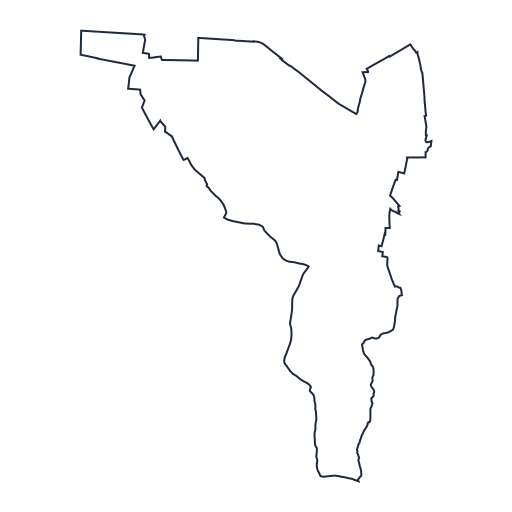 Reci, Covasna, Romania
{"feature_id": "2599482B11784451880113", "entity_name": "Reci", "entity_type": "district", "adm_level": 2, "iso_a3": "ROU", "parent_name": "Romania", "parent_adm1": "Covasna", "projection": "orthographic", "projection_center": [25.948, 45.804], "detail": "fine", "context": "isolated", "style": "outline", "palette": "slate", "viewbox_px": 512, "rotation_deg": 0, "n_neighbors": 0, "source": "geoboundaries", "source_scale": "gbopen_adm2", "svg_char_len": 6012}
<svg xmlns="http://www.w3.org/2000/svg" viewBox="0 0 512 512"><path d="M361.2,475.8L361.3,475.2L361.2,471.9L360.8,469.4L359.6,465.4L359.3,463.8L358.3,460.1L359.1,457.7L357.2,452.6L357.5,450.9L356.9,450.0L357.4,447.9L357.8,447.0L358.2,445.7L358.5,444.2L359.5,443.0L359.8,441.3L360.3,439.6L360.9,438.5L361.2,437.0L362.0,434.8L363.1,432.9L363.8,431.1L364.4,430.3L365.0,429.2L366.8,426.4L367.6,424.5L367.6,423.3L368.4,422.2L369.2,422.4L369.8,421.7L370.1,421.1L370.4,419.2L370.4,417.8L370.4,413.6L370.4,411.9L370.4,409.2L370.6,408.3L371.3,407.1L371.7,405.7L372.2,404.4L372.4,403.6L372.4,403.2L372.2,402.6L371.7,401.9L371.5,401.4L371.6,400.1L371.4,399.4L371.4,398.8L371.5,398.1L371.7,397.8L372.7,397.0L373.3,396.4L373.6,395.8L373.7,395.0L373.4,393.9L373.5,393.5L374.1,392.5L374.2,391.4L374.0,390.7L373.7,389.8L373.5,389.4L371.9,387.5L371.4,386.6L370.9,385.3L370.8,384.7L371.0,384.0L372.0,382.3L372.4,381.3L372.6,380.7L372.6,380.3L372.4,378.6L372.5,376.8L373.4,375.5L373.6,372.2L373.5,368.8L372.8,366.8L372.2,365.8L371.1,364.6L370.4,362.1L369.1,359.9L366.9,357.0L365.5,355.7L363.8,353.2L363.3,351.3L362.8,349.5L362.6,347.6L361.9,344.9L362.2,344.2L363.4,343.1L364.0,342.2L364.8,340.5L366.0,339.7L369.7,338.7L371.9,337.6L372.4,337.6L373.9,338.2L375.3,338.5L376.1,338.6L377.1,338.4L377.8,338.2L379.2,337.3L379.7,336.5L380.3,335.2L380.6,334.8L382.2,333.8L383.3,333.4L385.2,333.1L388.2,332.4L391.9,330.4L392.8,329.8L393.1,329.3L393.6,328.2L394.3,325.2L395.0,321.0L395.1,319.7L395.1,318.0L395.3,316.4L396.2,312.3L396.4,310.5L396.7,309.4L397.0,308.6L397.1,307.8L397.5,305.4L397.5,299.7L397.8,298.2L398.7,297.0L399.3,295.9L399.6,295.8L400.1,295.8L401.2,295.3L401.9,295.2L401.2,289.8L400.4,287.8L399.1,287.6L398.5,287.4L397.8,286.8L396.8,286.4L394.9,286.6L391.5,278.7L390.9,276.5L388.8,270.5L387.5,266.6L387.2,264.8L387.4,260.0L387.6,258.1L387.5,257.8L387.2,257.3L386.5,257.0L382.3,256.3L382.8,252.0L378.1,251.0L378.8,245.5L381.5,246.2L383.2,240.1L384.3,235.5L384.7,233.7L385.3,234.2L385.5,228.0L389.7,228.1L389.4,220.9L389.3,216.7L389.4,214.2L389.8,211.0L390.3,208.9L391.1,209.8L392.4,210.7L395.7,212.0L398.4,213.7L399.4,214.1L398.4,212.4L398.4,212.2L399.5,211.8L399.7,211.5L399.6,211.1L398.9,210.7L398.6,210.8L398.4,210.6L398.6,208.9L398.5,208.1L398.2,207.2L398.1,206.5L399.5,206.0L392.6,197.9L390.0,195.6L394.3,183.2L395.7,179.7L397.0,179.9L398.3,171.9L404.2,173.4L405.4,167.9L406.7,161.0L407.2,159.7L406.9,157.5L425.6,157.4L425.6,152.2L426.0,152.1L427.1,151.2L427.5,150.6L427.8,149.3L428.0,148.6L428.6,147.7L429.1,147.2L430.9,146.1L430.8,145.8L431.4,141.0L428.8,142.0L426.7,142.3L426.4,142.1L425.9,141.6L425.6,141.0L425.5,140.3L425.5,140.0L425.6,139.2L426.8,135.4L425.9,135.4L425.8,131.3L426.4,126.6L424.6,116.1L426.1,115.7L425.5,111.0L425.0,105.1L424.6,100.9L424.4,96.1L422.9,78.8L422.4,73.3L422.3,72.8L422.1,72.6L421.5,71.1L420.9,69.0L420.4,65.3L419.4,61.2L419.1,59.4L419.0,59.2L417.5,53.9L417.4,53.1L417.4,52.0L416.1,52.6L415.5,51.5L415.2,51.0L413.0,48.5L410.3,44.4L389.6,56.7L389.3,56.3L389.2,56.0L384.3,58.9L377.7,62.5L366.7,68.8L368.0,71.1L368.1,71.6L368.0,72.1L362.6,72.2L365.2,79.1L365.4,80.5L365.4,81.8L365.2,82.6L363.4,88.1L362.3,92.3L360.4,98.4L360.0,100.5L359.7,102.3L358.1,107.8L357.9,108.8L357.6,111.8L356.4,114.0L353.4,112.4L339.1,104.0L337.0,102.5L328.4,95.7L321.6,90.6L298.3,71.7L290.6,66.1L290.2,65.8L289.5,65.5L289.0,65.5L282.4,60.4L282.5,60.3L280.6,58.7L281.5,58.4L270.8,50.1L270.4,49.6L264.3,44.8L262.7,43.6L261.6,43.1L258.8,42.0L257.0,41.7L253.6,41.3L253.6,41.7L239.1,40.8L235.5,40.7L234.3,40.2L198.3,37.9L197.9,60.6L172.2,60.1L162.0,60.0L160.7,56.5L160.3,56.6L154.4,57.3L154.2,57.4L154.2,57.5L149.2,57.9L148.9,53.9L142.8,52.8L145.2,39.5L144.6,38.0L144.1,36.2L144.3,35.0L144.5,34.7L142.1,34.4L81.2,30.7L80.6,54.7L97.7,58.3L97.6,58.6L134.6,65.7L129.4,77.5L128.7,84.8L128.1,88.7L140.1,89.6L140.6,94.3L144.6,100.5L141.9,107.6L148.2,119.6L153.6,129.3L160.2,120.7L160.4,121.3L161.9,122.9L165.3,126.8L165.0,131.7L166.4,132.4L169.5,134.8L171.5,136.1L172.1,136.4L172.2,137.2L178.1,149.5L183.5,159.9L184.7,159.5L187.5,158.0L188.2,159.2L189.1,160.6L189.9,162.4L191.1,164.6L192.6,166.8L194.8,169.7L204.7,178.1L204.6,178.7L204.6,179.0L204.8,179.7L206.2,182.6L207.2,184.3L206.6,185.4L206.6,185.9L206.9,186.4L207.3,186.8L208.4,187.4L209.1,188.5L210.6,190.7L212.2,192.3L215.7,195.9L218.1,197.8L220.1,199.9L223.2,204.1L224.6,207.1L225.9,210.7L226.3,212.2L226.1,213.5L223.9,217.5L225.7,218.6L227.9,219.7L232.8,221.1L243.6,223.3L245.2,223.5L248.8,223.6L250.3,223.8L252.5,223.6L254.4,223.9L257.0,224.4L258.5,224.5L260.9,225.7L262.5,226.6L263.1,227.4L263.8,229.2L264.5,230.7L265.3,231.6L270.6,237.0L271.7,237.8L274.6,240.1L276.0,241.9L276.5,242.9L277.8,246.8L279.3,252.7L279.8,254.0L281.5,256.7L282.4,258.0L283.4,258.9L285.7,260.4L288.2,261.4L289.8,261.8L291.6,262.0L293.6,262.1L299.7,263.6L301.8,263.9L303.7,264.3L305.9,265.0L307.8,265.9L308.6,266.5L307.8,267.9L303.8,273.2L302.8,274.9L300.1,282.4L299.8,283.7L299.3,284.9L298.4,286.9L293.3,295.8L292.5,298.1L292.2,301.7L292.1,308.5L291.9,310.9L291.1,316.7L290.1,322.4L290.1,324.0L291.2,328.5L291.5,333.5L291.5,335.1L291.2,339.1L290.9,340.6L289.9,344.0L286.0,354.5L284.9,356.9L284.2,360.5L284.3,362.1L284.8,363.8L285.7,364.7L290.2,371.0L292.8,373.8L295.9,375.6L299.9,378.9L303.1,381.0L308.0,383.6L308.4,384.1L309.4,384.8L310.1,385.9L310.7,386.5L310.9,386.9L310.9,387.2L310.6,387.8L310.2,388.9L309.9,390.2L309.9,391.0L310.4,391.7L311.6,392.7L312.4,393.6L313.1,394.4L313.6,395.2L314.0,396.6L314.4,398.6L314.4,400.9L315.3,404.3L315.4,407.5L315.3,408.8L315.9,411.5L316.3,417.5L316.3,419.5L315.8,422.2L315.4,425.1L315.4,429.9L314.6,432.5L314.5,436.1L314.7,437.8L314.9,442.2L315.2,445.3L316.7,447.9L316.9,448.4L316.9,449.9L316.6,454.1L316.2,456.1L317.3,460.4L316.8,464.3L316.7,465.5L316.8,466.8L317.5,469.7L318.0,471.2L318.7,472.1L320.4,475.9L320.7,476.1L322.4,476.6L324.0,476.7L334.4,475.6L338.7,476.1L341.2,476.8L343.5,477.0L348.8,478.3L352.1,478.8L354.0,479.7L358.5,481.3L357.9,479.9L359.0,478.3L360.2,476.6L361.2,475.8Z" fill="none" stroke="#1e293b" stroke-width="2"/></svg>